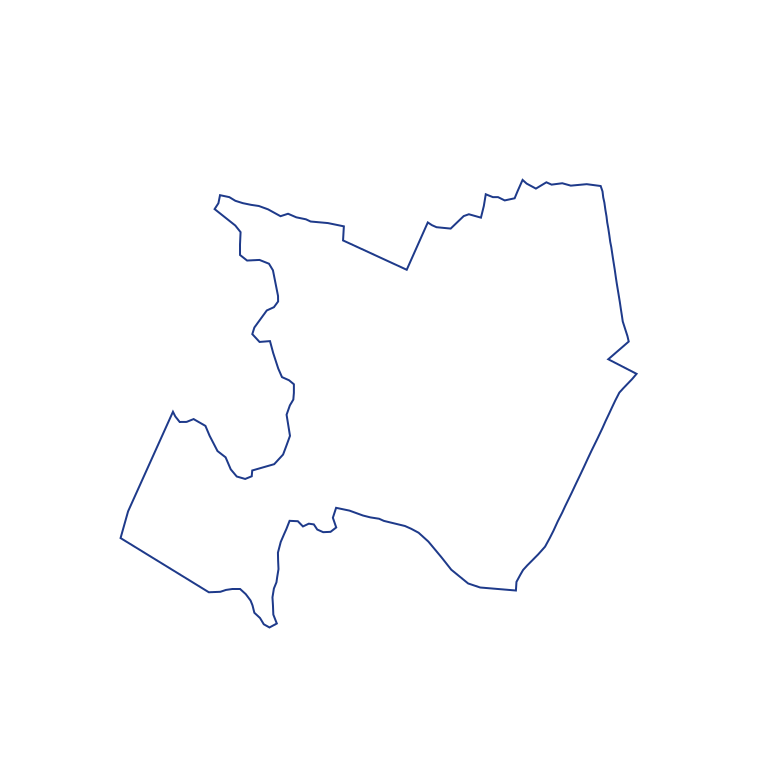 Caxingó, Piauí, Brazil, rotated 24°
{"feature_id": "56859067B67253646809500", "entity_name": "Caxingó", "entity_type": "district", "adm_level": 2, "iso_a3": "BRA", "parent_name": "Brazil", "parent_adm1": "Piauí", "projection": "natural_earth1", "projection_center": [-41.859, -3.393], "detail": "fine", "context": "isolated", "style": "outline", "palette": "blue", "viewbox_px": 768, "rotation_deg": 24, "n_neighbors": 0, "source": "geoboundaries", "source_scale": "gbopen_adm2", "svg_char_len": 2481}
<svg xmlns="http://www.w3.org/2000/svg" viewBox="0 0 768 768"><g transform="rotate(24 384 384)"><path d="M283.2,256.3L267.3,259.8L250.9,265.4L245.7,265.3L236.1,267.4L227.1,267.5L221.2,272.8L214.1,272.2L207.1,271.6L197.2,272.3L189.7,274.4L181.5,276.2L173.7,277.1L166.7,276.2L157.4,278.2L159.2,286.2L158.1,293.1L183.7,299.7L191.2,303.6L195.7,315.1L200.0,324.7L208.7,326.9L219.8,321.3L230.0,320.9L236.3,325.3L251.4,346.7L253.7,351.7L252.2,358.6L247.0,364.5L242.6,385.1L243.4,392.0L253.2,396.2L262.4,391.2L270.2,400.8L281.1,412.9L288.0,419.2L295.7,419.2L301.8,420.9L305.3,428.8L307.5,435.1L306.7,441.8L307.5,451.7L319.2,469.6L320.0,481.0L320.5,489.5L316.3,501.9L298.8,516.6L300.7,522.1L295.8,527.2L287.1,528.4L278.7,524.3L269.1,515.4L259.2,513.0L245.7,502.2L237.9,494.9L224.3,493.5L219.1,498.9L212.8,501.8L206.5,498.5L202.5,495.2L202.0,604.4L206.0,631.9L308.7,645.5L319.0,640.4L323.4,636.4L328.6,633.1L335.9,629.8L343.2,632.2L350.2,636.1L353.9,639.7L358.6,645.7L365.9,648.2L371.9,652.4L378.4,653.0L383.5,646.4L376.7,639.7L372.6,631.4L368.9,624.3L366.6,615.6L366.4,608.9L364.9,603.6L362.9,596.0L359.1,588.4L355.7,581.2L353.9,570.3L353.8,561.9L353.8,556.1L353.4,547.4L361.1,544.4L367.9,547.1L372.1,542.2L377.0,540.8L382.2,544.1L388.7,544.1L395.3,540.8L398.7,534.5L391.7,527.0L390.6,516.6L404.0,513.7L418.3,512.7L425.8,511.4L434.3,509.1L439.6,509.1L460.9,505.2L467.7,505.2L476.1,505.8L488.6,509.9L507.1,519.0L521.0,526.3L542.0,532.0L554.6,530.8L588.5,519.0L585.5,510.9L586.1,503.1L586.7,497.3L588.7,491.3L590.8,485.8L594.2,476.8L597.3,467.1L598.1,457.2L598.5,449.1L598.6,438.8L599.1,429.1L599.2,421.9L599.4,416.2L599.7,407.4L599.9,397.8L600.2,387.2L600.4,378.1L600.5,370.0L600.7,360.6L601.2,347.4L601.5,335.6L601.5,327.8L601.7,319.9L601.8,313.3L602.0,304.9L602.5,296.1L604.5,290.1L608.7,278.5L610.6,272.0L578.8,270.2L590.3,245.7L586.9,241.2L581.7,235.4L576.7,229.8L573.4,224.6L569.9,219.2L566.1,213.2L561.3,205.9L555.9,197.7L553.0,193.2L548.3,185.7L541.6,175.4L536.0,166.6L532.9,162.2L529.3,156.4L525.6,150.6L522.2,145.6L519.1,140.4L515.5,135.0L511.5,128.6L508.4,124.4L505.3,119.2L501.4,115.0L487.9,119.0L474.0,126.8L465.2,128.1L456.0,133.7L450.3,133.7L443.3,143.7L432.8,142.9L427.6,141.2L427.6,147.3L427.6,153.3L427.8,161.2L419.6,167.2L412.2,166.9L407.5,169.0L399.8,169.3L402.8,180.8L404.9,192.6L392.5,194.4L388.5,198.2L381.7,214.9L368.2,219.4L363.2,219.4L358.3,218.6L358.3,255.3L358.3,262.9L358.3,270.4L288.2,269.5L283.2,256.3Z" fill="none" stroke="#1e3a8a" stroke-width="2"/></g></svg>